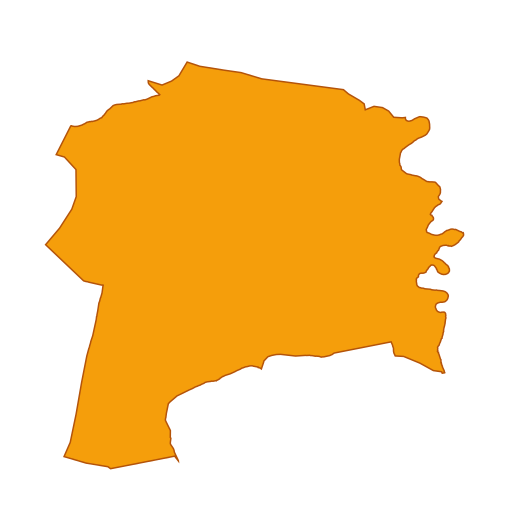 outline of Balata, Castries, Saint Lucia, rotated 175°
{"feature_id": "8701671B12100696846936", "entity_name": "Balata", "entity_type": "district", "adm_level": 2, "iso_a3": "LCA", "parent_name": "Saint Lucia", "parent_adm1": "Castries", "projection": "mercator", "projection_center": [-60.955, 14.015], "detail": "fine", "context": "isolated", "style": "filled", "palette": "amber", "viewbox_px": 512, "rotation_deg": 175, "n_neighbors": 0, "source": "geoboundaries", "source_scale": "gbopen_adm2", "svg_char_len": 5874}
<svg xmlns="http://www.w3.org/2000/svg" viewBox="0 0 512 512"><g transform="rotate(175 256 256)"><path d="M225.3,152.9L215.4,152.7L214.3,152.5L211.2,152.4L210.1,152.0L208.8,151.9L205.6,151.0L204.7,151.0L201.8,150.5L199.9,149.6L198.3,149.7L197.3,149.6L191.1,150.4L190.2,150.8L189.0,151.1L186.6,152.5L128.9,158.7L127.7,155.1L127.7,154.5L127.2,152.6L127.1,151.9L127.3,149.3L127.1,147.4L126.0,144.3L117.7,143.1L102.1,135.0L89.3,126.4L81.2,124.5L80.7,123.0L78.2,123.2L78.1,123.5L78.6,124.5L78.5,125.1L80.0,129.4L79.9,130.0L80.5,131.2L80.4,131.6L80.7,132.2L80.6,132.6L81.0,133.3L80.7,133.4L81.0,135.0L80.8,136.5L81.2,137.2L82.4,142.5L82.7,143.1L82.6,144.2L83.1,144.3L83.6,145.4L83.1,146.0L83.3,146.8L83.0,148.0L83.1,149.0L82.6,150.1L81.5,151.0L80.6,153.1L79.6,154.7L79.6,155.2L78.9,156.4L78.7,157.3L77.8,157.9L77.7,158.9L76.6,161.6L76.3,163.2L75.7,164.3L75.6,165.8L75.1,167.8L74.3,169.9L73.4,172.9L73.5,173.2L73.3,173.7L72.7,176.5L72.2,177.7L72.4,179.3L72.1,180.0L72.2,182.3L72.8,183.3L73.4,183.7L75.8,183.9L76.8,183.6L78.2,184.0L79.7,184.8L80.5,185.7L81.1,186.8L81.2,187.5L81.6,188.4L81.8,189.6L81.2,191.6L80.7,192.4L79.2,193.3L76.5,193.9L74.5,193.7L72.3,193.9L71.6,194.1L70.3,195.0L69.4,195.8L68.6,197.2L67.9,199.4L68.0,200.5L68.8,202.2L70.2,203.6L70.9,204.1L72.8,204.9L76.4,205.7L77.9,205.9L79.4,206.4L80.4,206.3L83.7,207.0L85.3,207.7L90.5,208.6L92.3,209.4L94.0,209.6L94.9,210.1L96.1,210.4L97.9,212.2L98.4,213.7L98.3,214.1L98.5,216.4L98.4,217.7L98.2,218.1L98.4,219.0L97.7,220.0L96.0,221.1L95.8,222.8L94.7,224.1L94.3,224.3L92.7,224.5L91.1,224.3L89.8,224.5L88.1,225.1L87.7,226.1L86.8,227.3L86.5,227.4L85.5,228.6L85.3,229.2L84.8,229.5L84.4,230.1L83.2,230.9L82.8,231.5L82.3,231.5L81.7,231.8L79.9,231.3L79.1,230.7L77.3,227.7L77.4,227.3L76.9,226.4L76.4,224.6L75.9,223.9L74.3,222.7L72.6,221.7L70.8,221.2L68.7,221.2L66.7,221.9L65.7,222.6L64.6,224.2L64.5,226.2L64.8,227.2L65.2,227.7L65.1,228.3L65.9,229.8L67.6,231.3L68.1,232.1L69.1,233.0L69.7,233.9L71.2,235.3L73.6,236.9L77.4,238.2L78.0,238.7L78.6,239.3L78.8,239.7L78.4,240.4L78.4,241.0L77.5,242.3L75.8,243.4L75.9,243.6L75.0,244.6L74.5,245.3L73.7,245.8L72.3,248.7L71.3,249.5L68.8,250.2L65.9,250.2L65.2,250.1L63.7,249.3L63.4,249.6L62.7,249.1L61.4,249.0L60.5,248.6L58.2,249.3L56.4,250.1L53.4,252.0L52.8,252.5L52.3,253.4L51.0,254.4L49.3,256.5L48.5,257.1L47.5,258.4L47.3,259.7L47.5,261.0L47.9,260.8L49.4,262.2L50.6,262.6L54.8,265.1L55.6,265.0L57.7,265.7L58.9,265.8L59.9,265.7L62.9,264.8L63.5,264.9L66.3,263.4L66.5,263.1L68.7,261.8L70.4,261.5L71.4,261.1L73.7,260.8L75.9,261.1L79.4,262.3L81.2,263.5L83.4,264.5L83.9,265.2L83.9,266.2L84.1,266.8L84.1,267.5L83.6,268.4L82.9,269.4L81.7,271.8L80.2,273.5L78.7,275.0L76.9,276.0L76.2,276.6L75.9,277.6L76.0,279.0L77.0,280.4L77.2,281.2L78.2,281.6L78.7,282.2L78.5,282.8L77.8,283.9L77.1,284.5L74.0,288.5L72.4,289.8L71.8,290.0L70.1,291.1L68.4,291.6L67.6,292.2L66.0,294.2L66.6,294.5L69.0,296.8L69.2,298.8L69.2,299.3L67.6,301.3L66.8,302.9L66.4,306.2L66.8,308.7L67.2,309.4L67.8,309.8L70.6,313.5L71.3,314.0L74.2,314.5L77.2,314.8L77.6,315.0L79.3,315.3L82.7,317.9L83.9,318.6L84.2,319.0L85.5,320.1L87.3,321.1L88.9,321.8L90.0,322.0L93.9,323.1L94.5,323.5L98.0,324.5L99.0,325.0L103.1,328.8L103.6,329.5L103.7,331.8L103.9,332.6L104.8,334.1L104.7,335.2L105.0,336.8L104.8,339.8L103.0,346.3L102.2,347.2L101.9,348.1L100.6,349.5L99.4,350.0L97.7,351.2L94.1,353.4L91.3,354.7L89.4,356.0L88.1,357.1L86.8,357.5L85.2,358.6L83.9,359.2L80.8,360.0L76.8,361.6L75.2,362.7L73.2,365.3L72.1,367.0L71.8,368.4L71.6,372.3L71.9,375.3L72.3,376.4L73.5,378.3L74.6,378.9L77.1,379.8L80.3,380.5L81.1,380.5L86.0,378.9L88.7,377.5L91.0,377.0L92.1,376.9L93.7,377.5L94.7,378.3L95.2,379.6L95.1,381.0L98.3,380.9L106.7,382.2L111.2,388.8L117.0,392.8L125.4,394.8L134.4,392.1L135.0,398.1L139.5,402.1L149.8,409.4L154.4,414.1L234.9,432.0L254.9,440.0L271.6,443.9L295.5,449.9L307.7,455.2L317.1,442.2L324.9,437.6L334.7,434.5L348.1,440.0L348.2,438.3L348.0,437.3L347.4,436.2L344.6,432.9L344.2,432.6L342.5,430.4L342.1,430.1L340.3,427.8L339.8,427.4L337.8,425.1L338.5,424.6L342.1,424.4L343.9,423.9L345.7,423.7L350.7,421.8L353.1,421.2L354.1,421.4L358.1,420.7L359.6,420.7L362.8,420.1L363.8,420.2L365.3,419.6L366.4,419.6L369.1,419.3L371.5,419.4L374.3,419.1L376.2,419.3L376.7,419.0L381.5,419.1L383.5,418.8L385.2,418.3L389.3,415.0L390.0,414.8L392.0,413.3L393.7,411.1L394.5,410.4L394.9,409.8L396.7,408.4L397.6,407.2L399.0,406.9L401.2,405.7L402.7,405.1L405.6,404.5L407.0,404.4L407.5,404.2L408.3,404.5L409.6,404.2L410.1,404.4L411.2,404.1L412.7,404.0L415.3,402.6L416.2,402.4L418.0,401.6L422.3,400.7L425.3,400.8L427.8,401.4L428.3,401.8L429.2,401.7L446.2,374.4L438.2,371.3L427.8,357.8L429.9,330.8L435.4,318.7L449.2,300.9L464.6,285.6L429.9,246.3L427.7,245.4L426.0,245.0L424.6,244.4L412.4,240.5L410.9,240.4L410.8,240.1L411.1,239.3L412.6,232.6L414.3,228.2L414.7,227.6L415.7,224.6L416.6,222.8L418.4,215.3L419.6,211.1L419.7,210.1L420.1,209.6L420.7,206.6L425.6,190.8L428.0,185.3L428.5,183.6L429.6,180.9L429.9,179.7L430.6,178.4L433.3,171.0L440.7,145.4L449.0,114.1L457.3,86.5L464.7,72.9L443.3,64.5L421.9,59.0L419.4,56.8L354.5,63.7L351.2,58.6L351.2,58.9L354.4,67.6L354.6,69.6L355.1,71.4L357.3,75.4L357.7,76.4L357.6,77.7L356.7,81.9L357.2,82.7L356.5,89.6L360.5,99.9L360.5,101.2L359.8,103.5L360.0,102.5L359.0,107.1L356.2,116.5L354.3,118.2L346.9,123.5L334.5,128.3L330.9,129.5L327.8,130.9L325.7,131.4L324.8,131.8L322.7,132.3L321.6,132.9L319.0,133.7L317.7,134.5L315.6,134.9L312.1,135.0L311.3,135.2L309.7,135.0L306.9,135.3L306.4,135.1L306.0,135.5L304.8,135.9L302.9,136.8L302.5,137.3L301.5,137.8L299.5,139.0L298.9,138.9L298.0,139.4L296.9,139.8L291.9,140.9L287.1,142.6L285.1,143.5L281.6,144.6L279.7,145.6L279.1,145.6L275.7,146.6L274.9,146.5L271.5,147.1L270.8,147.0L269.4,147.0L268.3,146.5L263.6,145.2L263.6,144.7L261.7,144.1L260.5,143.0L257.8,149.2L257.3,150.7L253.2,154.4L252.7,154.7L248.9,155.6L244.3,156.1L240.1,155.9L225.3,152.9Z" fill="#f59e0b" stroke="#b45309" stroke-width="1.5"/></g></svg>